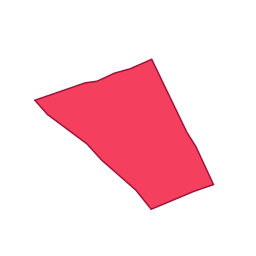 Randa, Tadjourah, Djibouti (Mercator projection), rotated 285°
{"feature_id": "41766387B54529132802745", "entity_name": "Randa", "entity_type": "district", "adm_level": 2, "iso_a3": "DJI", "parent_name": "Djibouti", "parent_adm1": "Tadjourah", "projection": "mercator", "projection_center": [42.697, 12.023], "detail": "fine", "context": "isolated", "style": "filled", "palette": "rose", "viewbox_px": 256, "rotation_deg": 285, "n_neighbors": 0, "source": "geoboundaries", "source_scale": "gbopen_adm2", "svg_char_len": 352}
<svg xmlns="http://www.w3.org/2000/svg" viewBox="0 0 256 256"><g transform="rotate(285 128 128)"><path d="M130.7,30.8L120.2,46.7L102.0,92.5L90.1,111.0L70.0,151.7L55.5,171.4L83.3,207.3L95.5,225.2L127.7,198.3L138.9,186.1L200.5,133.1L185.6,114.5L177.6,100.9L165.2,86.0L160.5,74.9L130.7,30.8Z" fill="#f43f5e" stroke="#9f1239" stroke-width="1.5"/></g></svg>